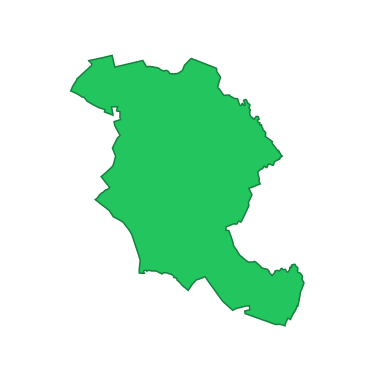 Braslavas pag., Alojas, Latvia (Mercator projection), rotated 167°
{"feature_id": "27541924B13565408041411", "entity_name": "Braslavas pag.", "entity_type": "district", "adm_level": 2, "iso_a3": "LVA", "parent_name": "Latvia", "parent_adm1": "Alojas", "projection": "mercator", "projection_center": [24.998, 57.744], "detail": "fine", "context": "isolated", "style": "filled", "palette": "green", "viewbox_px": 384, "rotation_deg": 167, "n_neighbors": 0, "source": "geoboundaries", "source_scale": "gbopen_adm2", "svg_char_len": 5964}
<svg xmlns="http://www.w3.org/2000/svg" viewBox="0 0 384 384"><g transform="rotate(167 192 192)"><path d="M178.9,67.5L175.1,68.6L170.2,68.6L169.4,68.7L166.9,68.7L164.3,68.7L161.9,68.4L162.0,64.3L167.4,64.2L167.6,61.6L140.5,44.2L139.5,43.9L136.7,43.5L133.5,42.0L131.5,40.7L130.5,42.9L128.3,45.7L126.8,47.5L124.8,45.6L120.1,51.6L119.6,51.5L117.0,54.5L115.3,57.3L114.6,56.9L112.6,61.1L110.3,66.4L108.7,70.4L107.5,71.8L103.4,78.0L103.6,79.9L104.1,80.5L104.2,80.9L104.3,81.6L104.3,82.0L104.2,82.4L104.3,83.0L104.2,83.3L103.5,84.3L103.5,85.4L103.6,86.0L103.8,86.6L104.6,88.3L104.8,88.6L106.7,89.9L107.0,90.3L107.0,91.0L106.1,93.5L106.2,94.8L107.6,96.7L107.9,98.3L108.5,98.5L109.3,98.6L111.4,98.4L111.7,98.0L111.7,97.7L111.6,96.8L111.6,96.6L112.2,96.2L113.1,96.6L113.7,96.5L114.2,94.6L116.1,92.6L117.4,92.6L117.8,93.1L118.3,95.5L118.5,95.7L120.6,95.8L121.6,97.4L122.5,97.3L123.5,96.2L124.4,95.6L124.7,95.6L126.5,96.4L126.9,96.5L128.0,96.4L128.8,96.2L129.0,96.1L129.2,95.8L129.7,94.7L131.3,93.6L131.8,93.2L132.3,92.6L132.5,92.5L132.9,92.6L133.0,92.7L133.1,92.9L133.3,93.7L133.7,94.0L134.1,94.6L134.4,95.2L134.7,96.4L134.7,97.6L135.4,98.7L135.9,99.6L136.0,99.8L137.1,100.2L139.6,101.5L141.5,102.7L141.5,103.5L145.4,109.1L145.7,109.5L146.4,109.9L146.7,110.3L147.0,110.4L147.4,110.2L148.7,110.2L152.6,111.0L152.8,111.1L154.5,112.8L159.8,119.9L161.3,124.2L161.3,124.8L162.3,127.0L163.5,130.0L163.5,134.0L163.8,138.5L164.8,146.1L167.6,147.2L167.5,147.6L166.6,150.4L158.5,151.6L155.6,150.6L153.8,152.6L152.5,152.8L151.2,151.7L150.1,152.7L145.4,158.4L139.9,165.5L139.7,165.8L139.7,166.0L139.3,169.2L134.2,175.8L135.8,182.9L131.0,183.2L130.3,183.5L123.7,184.5L124.3,187.3L123.4,189.8L123.7,193.5L123.3,196.9L120.0,198.6L118.6,198.7L117.9,199.2L117.6,199.3L116.7,200.1L116.5,200.4L116.3,200.4L116.3,200.7L116.1,200.8L115.6,200.8L115.2,200.5L114.9,200.0L114.7,200.0L114.5,199.7L114.3,199.2L113.9,199.0L113.6,199.0L113.6,199.4L113.4,199.7L113.0,199.7L112.6,200.0L112.2,200.9L112.2,201.2L112.0,201.3L111.1,202.0L110.3,201.8L107.2,199.8L106.9,199.8L106.4,200.2L105.5,202.0L105.0,202.6L104.6,202.9L102.6,203.7L101.1,204.0L100.3,204.3L100.1,204.1L99.2,204.4L98.7,205.0L98.7,205.4L98.5,205.7L96.0,206.6L96.5,207.2L96.8,207.9L98.2,212.3L98.5,211.7L101.3,217.9L102.5,220.3L103.0,222.2L102.3,223.0L107.5,229.0L108.2,229.7L107.8,230.1L107.5,230.5L107.4,231.6L107.4,232.0L106.9,232.7L106.9,233.0L106.9,233.4L107.2,234.0L107.6,234.7L108.1,235.7L109.0,236.8L109.0,237.3L108.7,237.8L108.8,238.5L109.4,239.9L109.2,241.5L109.4,241.9L110.6,242.0L110.9,242.3L110.9,242.7L110.4,243.4L110.2,244.0L110.4,244.4L111.1,244.5L111.7,244.8L111.9,245.2L112.1,245.8L112.0,247.2L111.9,247.4L110.5,247.7L110.2,247.9L110.2,248.2L110.3,248.9L110.5,249.7L110.5,250.5L110.9,250.8L112.3,251.2L112.6,251.2L113.2,250.6L114.4,249.4L114.9,249.0L115.3,249.0L115.7,249.2L116.0,249.6L116.0,250.5L117.3,251.7L117.9,252.8L118.2,254.6L118.1,255.4L117.8,256.8L117.7,257.4L116.9,258.3L116.8,258.5L116.7,258.8L117.5,260.3L117.5,261.1L117.4,261.5L116.0,263.5L116.0,264.0L116.4,264.7L117.6,266.0L117.7,266.4L118.0,267.6L118.1,268.7L118.2,269.1L118.7,270.0L118.9,270.1L120.6,269.9L121.1,269.6L121.2,269.4L121.2,269.1L120.5,265.7L120.6,265.2L120.9,264.8L121.3,264.7L122.2,265.0L122.4,265.2L122.5,266.5L122.8,266.9L123.1,267.0L123.4,266.8L124.2,265.6L124.7,265.3L125.2,265.4L125.5,265.6L125.8,265.9L126.4,268.9L126.5,271.1L126.5,272.3L126.7,272.7L127.3,273.0L129.0,273.3L130.1,273.9L130.5,274.4L130.8,274.8L133.0,276.6L133.4,277.7L134.0,278.1L136.3,278.6L138.6,278.8L139.0,279.1L140.0,280.5L142.0,285.8L142.6,286.9L143.2,287.6L143.3,287.9L143.3,288.4L143.1,289.0L141.0,292.9L138.5,297.2L138.5,297.6L138.7,298.2L140.0,301.9L140.3,302.5L140.7,303.8L140.7,304.3L140.3,306.8L140.5,307.1L141.0,307.5L159.7,320.3L161.9,321.7L162.0,321.9L162.4,322.1L163.1,322.2L164.3,321.4L170.6,317.4L170.9,317.1L174.1,312.5L179.2,310.7L181.6,311.1L181.8,311.0L182.2,311.1L182.4,311.0L184.6,311.5L186.8,312.4L187.2,312.6L187.3,313.2L187.4,313.3L187.8,314.6L188.7,315.7L189.4,316.2L189.9,316.3L192.3,316.3L194.7,317.8L196.6,320.2L196.9,320.4L201.8,322.7L206.0,324.2L208.1,324.1L210.3,331.2L239.1,331.1L239.1,343.1L247.1,343.0L259.3,343.1L263.2,343.3L263.2,343.2L260.8,339.4L261.5,337.7L262.9,337.1L266.1,335.2L278.7,328.1L279.3,327.0L284.3,322.0L285.2,320.9L286.6,318.8L287.5,317.8L281.5,313.2L278.2,309.8L278.1,309.5L275.7,308.4L273.8,304.1L268.2,298.8L263.6,295.0L258.2,291.8L259.3,289.7L251.7,284.6L251.5,286.1L251.3,293.1L245.4,291.8L247.3,288.0L244.1,286.5L244.2,285.9L245.5,280.7L245.3,278.6L252.1,278.1L252.3,274.4L252.2,273.8L252.2,273.7L249.3,263.2L252.7,261.3L252.9,261.0L256.8,256.2L258.7,253.9L259.7,252.5L258.3,244.2L259.5,242.0L259.8,241.5L260.9,239.2L263.2,235.3L265.8,233.6L271.5,230.3L277.1,227.4L271.2,214.9L273.2,213.8L274.6,213.5L275.4,213.6L277.0,212.8L278.7,211.7L280.4,211.4L280.9,210.8L283.0,209.9L283.4,209.4L283.7,208.9L284.8,208.3L284.8,207.9L285.8,207.3L288.0,206.4L284.5,202.0L276.9,192.7L274.3,185.8L274.3,185.6L273.8,185.3L270.5,182.4L266.6,178.8L265.9,178.0L264.3,174.4L262.2,170.0L261.7,168.7L261.0,166.5L260.2,164.2L258.2,142.8L258.0,139.0L257.8,137.2L260.8,128.7L261.6,124.9L259.5,124.2L256.8,123.6L257.0,125.2L256.9,125.6L256.7,125.9L256.4,126.2L255.8,126.3L255.0,126.2L254.6,126.0L254.4,125.7L254.2,125.2L253.9,125.1L253.5,125.4L252.8,125.2L251.4,125.4L250.2,124.6L249.5,124.6L248.9,124.0L247.9,124.0L246.9,123.5L246.1,123.7L244.8,122.9L243.7,122.4L242.7,121.3L240.1,119.3L239.7,118.9L238.7,119.2L238.2,119.7L237.8,119.8L237.0,119.6L236.4,119.2L235.8,119.3L234.4,118.9L233.5,117.8L232.4,117.5L232.0,117.1L231.4,116.9L230.4,116.2L229.1,114.5L228.8,114.0L228.9,112.9L228.8,112.7L227.2,112.1L226.8,111.8L226.3,111.1L226.3,110.2L226.4,109.5L225.8,109.0L225.5,108.2L224.2,106.6L222.7,103.5L221.3,101.3L220.2,100.2L217.9,97.0L212.5,102.0L210.0,103.6L208.0,105.3L205.2,105.5L200.9,106.1L198.4,106.6L194.0,95.9L193.5,94.9L189.9,86.1L186.5,78.3L185.1,76.3L178.9,67.5Z" fill="#22c55e" stroke="#15803d" stroke-width="1.5"/></g></svg>